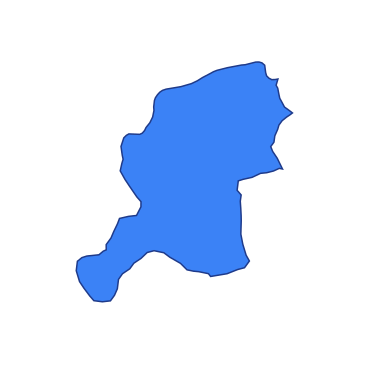 Songwon, Chagang-do, North Korea (orthographic projection), rotated 126°
{"feature_id": "82179303B48656719864416", "entity_name": "Songwon", "entity_type": "district", "adm_level": 2, "iso_a3": "PRK", "parent_name": "North Korea", "parent_adm1": "Chagang-do", "projection": "orthographic", "projection_center": [125.927, 40.373], "detail": "fine", "context": "isolated", "style": "filled", "palette": "blue", "viewbox_px": 384, "rotation_deg": 126, "n_neighbors": 0, "source": "geoboundaries", "source_scale": "gbopen_adm2", "svg_char_len": 1662}
<svg xmlns="http://www.w3.org/2000/svg" viewBox="0 0 384 384"><g transform="rotate(126 192 192)"><path d="M285.0,230.5L289.2,227.4L292.0,229.0L297.5,230.4L303.0,236.5L304.3,238.0L305.7,239.5L309.8,242.5L315.4,244.0L323.7,239.4L330.6,230.3L333.4,222.7L336.2,213.6L337.6,207.5L333.5,200.0L328.0,194.0L321.1,194.0L314.2,195.5L305.9,200.1L299.0,200.2L290.7,197.2L283.8,197.2L275.6,194.2L267.3,192.7L261.8,188.2L257.7,179.1L257.8,171.5L256.5,159.4L257.9,150.3L255.2,144.3L252.5,139.7L248.4,130.7L249.4,127.3L237.5,115.6L227.9,109.5L222.4,105.0L214.1,105.0L211.3,111.1L204.4,120.2L197.4,127.7L186.3,135.3L182.2,138.4L176.6,142.9L171.1,147.5L165.5,150.5L164.1,156.5L155.8,161.1L151.7,158.1L144.8,152.0L136.6,147.5L132.5,142.9L127.1,138.4L121.6,135.3L120.2,132.3L114.6,142.9L111.8,150.5L109.0,155.0L103.5,155.0L97.9,158.0L91.0,159.5L86.8,161.0L81.3,161.0L75.8,159.5L71.7,158.0L69.0,157.2L68.9,159.5L68.9,162.5L68.9,167.1L66.0,173.1L64.6,176.1L61.8,179.2L57.6,183.7L56.2,186.7L50.1,188.9L52.0,190.7L54.2,193.5L54.7,196.6L54.2,199.9L52.1,202.6L46.7,207.7L46.4,211.3L47.4,214.1L49.4,216.8L57.8,223.8L60.2,226.6L70.6,236.4L78.9,243.3L82.2,245.4L84.4,246.4L93.3,250.8L98.8,253.0L104.7,256.2L113.3,262.9L124.0,273.4L127.1,275.6L130.1,276.7L133.4,277.1L137.2,277.0L140.0,276.2L145.7,273.0L148.4,270.7L154.5,267.9L160.7,266.8L166.8,267.1L170.1,266.5L173.6,266.8L176.1,268.2L182.1,277.2L184.7,278.4L188.3,279.0L196.9,276.2L203.2,270.1L206.0,267.0L210.2,265.5L217.1,262.5L221.3,253.4L224.1,245.8L228.4,233.7L229.8,227.6L234.0,224.6L243.6,223.1L249.1,229.1L256.0,235.1L261.5,233.6L269.8,232.1L276.8,230.5L285.0,230.5Z" fill="#3b82f6" stroke="#1e3a8a" stroke-width="1.5"/></g></svg>